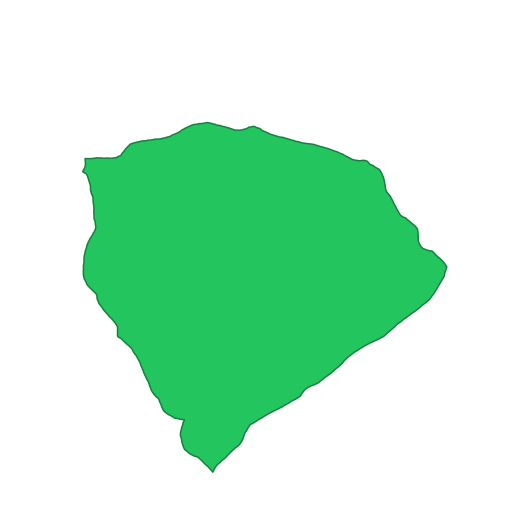 the district of Haykota, Gash Barka, Eritrea, rotated 151°
{"feature_id": "51966322B40149499398016", "entity_name": "Haykota", "entity_type": "district", "adm_level": 2, "iso_a3": "ERI", "parent_name": "Eritrea", "parent_adm1": "Gash Barka", "projection": "orthographic", "projection_center": [37.006, 15.215], "detail": "fine", "context": "isolated", "style": "filled", "palette": "green", "viewbox_px": 512, "rotation_deg": 151, "n_neighbors": 0, "source": "geoboundaries", "source_scale": "gbopen_adm2", "svg_char_len": 6098}
<svg xmlns="http://www.w3.org/2000/svg" viewBox="0 0 512 512"><g transform="rotate(151 256 256)"><path d="M94.4,154.0L94.6,157.1L95.0,160.1L95.3,161.1L96.2,164.3L97.5,167.7L98.0,169.1L99.1,173.7L99.7,175.0L101.5,176.3L104.0,178.7L106.0,181.3L106.6,182.4L107.0,183.4L107.2,184.4L107.1,188.7L106.5,190.9L106.3,191.5L104.7,194.3L103.7,196.3L102.0,200.3L101.7,201.4L102.1,204.1L102.5,205.9L102.9,206.6L104.3,210.1L105.1,212.5L106.1,214.4L106.6,216.4L107.1,217.4L108.1,218.2L108.9,219.6L109.8,221.5L110.0,223.1L110.1,229.6L109.9,231.8L110.0,233.9L109.9,236.0L109.7,237.9L109.7,241.1L109.5,243.0L110.5,247.6L110.6,249.1L110.2,251.6L109.8,252.7L108.7,255.4L108.4,256.6L107.7,258.4L107.3,259.9L106.4,263.2L106.2,265.4L106.0,267.7L106.1,269.9L106.0,270.9L106.1,271.2L106.6,272.6L107.2,273.6L108.8,275.9L109.8,278.4L110.1,278.6L110.4,279.2L111.5,280.3L111.8,280.7L111.9,281.0L112.6,284.6L113.4,285.7L114.0,286.4L114.6,286.8L115.1,287.1L116.2,288.0L117.0,288.1L117.9,288.5L119.4,289.2L122.8,291.7L124.6,293.4L126.1,295.5L127.6,297.9L129.3,300.2L130.8,303.0L132.5,304.9L134.4,307.6L136.2,309.4L139.3,313.1L141.0,315.2L142.8,316.6L144.4,318.6L146.3,320.2L149.3,323.4L152.1,326.2L153.6,327.3L156.7,329.5L157.9,330.4L160.3,332.1L163.6,335.5L166.0,337.3L166.6,338.3L168.9,340.3L169.5,341.1L170.7,342.3L171.3,343.1L173.0,344.5L174.6,346.4L178.3,349.1L179.6,350.8L180.2,351.1L181.5,352.5L184.8,356.0L186.1,358.1L189.9,362.9L190.3,364.5L190.6,365.2L191.2,366.1L192.1,366.8L193.6,368.5L194.3,369.7L195.5,370.7L198.7,371.6L200.0,372.2L200.9,372.0L203.1,372.0L204.4,372.5L207.3,373.2L209.4,374.0L212.1,375.6L212.8,375.9L213.3,376.3L217.0,380.4L218.9,382.3L222.9,386.1L223.9,387.3L226.9,389.6L227.9,391.0L229.0,391.9L231.7,394.5L233.7,396.2L234.5,396.6L236.6,397.2L237.2,397.5L239.0,398.0L239.9,398.5L241.9,399.5L243.6,399.8L245.9,400.9L248.9,401.6L250.3,401.6L251.6,401.8L254.4,401.9L255.7,402.1L257.6,402.0L258.7,402.1L260.2,402.1L262.0,401.7L266.0,401.8L268.4,402.1L271.6,402.4L272.8,402.2L273.3,402.3L274.7,402.5L275.6,403.0L276.9,403.0L277.1,403.1L277.4,403.4L278.3,403.4L280.0,404.1L280.4,404.2L280.7,404.0L283.1,404.9L285.1,405.7L286.8,406.8L287.9,407.2L288.5,407.3L290.7,408.0L292.5,408.7L293.7,409.4L295.0,409.9L296.4,410.1L299.8,411.9L301.9,412.4L304.6,413.2L308.4,414.2L309.4,414.3L310.7,414.7L312.3,414.7L312.9,414.5L313.4,414.2L314.3,414.0L318.3,412.8L320.8,411.6L323.8,410.5L325.1,409.6L325.7,409.4L328.5,409.9L330.4,409.8L331.1,409.9L332.4,410.6L334.9,411.5L335.9,412.0L338.3,413.6L339.7,414.4L340.9,414.8L342.7,415.8L343.3,416.5L345.2,417.5L347.8,419.1L350.4,420.0L351.7,420.7L352.6,420.9L358.2,424.0L358.4,423.6L358.9,422.6L360.2,419.8L361.2,418.2L362.4,416.8L363.6,415.9L364.6,415.2L365.5,414.7L366.4,414.1L366.6,413.5L366.4,413.1L365.9,412.5L365.6,411.7L364.7,410.4L364.6,409.3L364.6,407.8L366.8,397.4L367.4,396.5L368.1,395.2L368.6,394.4L369.8,389.9L369.8,388.5L370.2,386.3L372.9,380.7L373.4,378.9L374.9,375.7L375.5,375.1L375.8,374.3L376.4,373.1L377.1,372.2L377.4,371.1L377.7,370.7L378.0,369.9L378.4,369.2L378.8,368.6L379.6,366.9L379.9,364.8L380.4,363.0L381.1,361.6L381.3,360.8L382.0,359.2L382.3,358.6L383.3,357.5L385.2,355.9L386.9,355.1L387.9,354.5L388.6,353.8L391.6,352.2L393.1,351.5L394.7,350.2L395.6,349.8L397.3,348.3L398.4,347.6L398.8,347.2L399.6,346.1L403.2,342.8L404.0,341.7L406.1,339.4L407.4,337.6L409.3,334.2L412.2,330.4L412.6,329.5L412.7,329.0L414.3,326.6L415.6,324.1L416.2,323.1L416.3,322.5L417.2,319.8L417.3,319.3L417.2,317.5L417.6,313.0L417.3,310.8L417.0,309.9L416.1,306.6L415.7,305.4L414.4,300.8L413.9,299.8L413.9,299.5L415.8,295.4L415.9,293.4L416.4,290.7L415.6,285.5L415.4,282.4L414.4,278.1L413.4,273.2L412.7,271.3L412.2,269.0L411.7,266.4L411.4,261.8L411.6,261.1L412.0,259.9L413.4,257.7L414.7,255.2L415.3,254.4L415.9,253.1L415.9,252.4L415.7,251.7L414.1,249.5L412.6,244.2L412.1,243.0L411.9,241.9L410.8,239.5L410.4,238.4L410.2,237.2L409.8,236.1L409.6,234.6L409.7,232.1L409.5,229.1L409.1,227.2L409.1,224.8L409.1,223.5L409.1,219.2L409.7,216.3L410.3,209.8L410.7,208.7L411.3,199.9L411.1,197.9L412.0,194.1L412.1,193.3L412.1,191.8L412.4,190.6L412.6,189.3L412.6,186.9L412.3,186.0L412.3,184.8L412.1,183.8L411.7,181.8L411.2,180.4L410.7,179.4L410.4,178.3L411.0,174.4L411.0,172.9L411.7,168.8L411.6,168.2L411.9,166.3L411.4,164.0L410.3,161.4L409.5,159.9L407.9,157.6L405.9,153.9L404.3,152.4L403.1,151.6L401.8,150.2L399.4,148.5L398.4,147.9L398.2,147.6L398.2,147.3L398.5,146.9L399.8,146.2L400.8,145.4L402.0,143.9L403.5,142.5L406.3,139.7L408.5,137.0L409.3,134.9L409.7,132.6L410.7,130.1L411.6,126.7L411.9,125.3L412.2,122.7L412.1,121.4L412.0,120.7L411.4,119.5L410.9,118.0L410.7,117.3L409.8,115.3L407.9,112.2L407.2,111.2L406.1,110.1L405.7,109.7L404.5,108.5L403.7,106.5L402.8,103.8L401.5,98.8L400.8,97.1L399.8,94.0L399.4,91.5L398.9,89.9L398.5,88.0L398.0,88.2L396.3,89.5L394.2,90.8L392.1,91.8L390.7,92.3L387.2,92.9L385.5,93.6L383.3,93.8L381.3,94.2L378.3,95.1L376.0,96.0L373.4,96.6L372.6,96.8L370.7,97.4L368.5,97.8L367.3,98.2L363.7,98.6L360.7,99.6L359.8,100.1L358.9,100.5L356.3,102.2L355.3,103.3L354.5,103.9L353.5,104.9L351.5,106.5L350.3,107.2L349.5,107.5L345.7,109.9L344.7,110.3L343.6,111.1L343.1,111.3L339.0,111.2L338.6,111.3L331.1,111.7L329.8,111.6L326.4,111.9L324.0,111.9L322.1,112.1L320.2,111.9L318.5,111.9L316.5,111.8L313.9,111.7L307.7,111.4L304.9,111.4L303.7,111.6L298.3,111.5L295.9,111.8L293.0,111.7L291.2,111.6L287.0,111.8L286.1,111.8L285.7,111.8L284.6,112.3L281.7,113.9L279.7,114.7L278.6,115.2L276.1,115.7L274.4,115.8L271.1,115.7L266.7,115.0L264.9,114.9L262.5,115.0L253.4,116.5L248.2,117.0L243.8,117.8L242.8,118.2L240.3,118.7L235.6,119.5L231.7,120.7L230.7,121.2L228.9,121.8L226.5,122.5L221.5,123.5L220.1,123.6L216.6,124.1L205.1,124.7L202.5,124.7L197.1,124.5L188.5,123.9L183.1,123.8L181.4,124.2L179.8,124.7L172.9,126.0L169.4,126.7L167.0,127.5L165.4,127.9L160.2,128.4L157.5,129.1L154.8,129.3L153.0,129.6L146.9,130.4L143.6,130.6L140.3,131.1L134.4,132.3L129.3,133.0L126.2,133.7L124.4,134.3L120.0,136.4L118.6,136.9L115.8,138.6L114.0,139.5L111.3,141.1L107.1,143.6L102.6,146.2L101.6,146.8L100.6,147.7L99.7,148.9L98.7,150.1L97.5,151.1L94.4,154.0Z" fill="#22c55e" stroke="#15803d" stroke-width="1.5"/></g></svg>